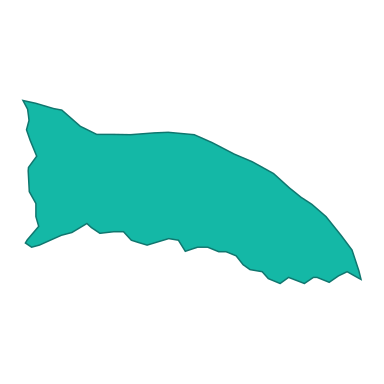 Akapnou, Limassol, Cyprus (Mercator projection)
{"feature_id": "46923920B88661960336096", "entity_name": "Akapnou", "entity_type": "district", "adm_level": 2, "iso_a3": "CYP", "parent_name": "Cyprus", "parent_adm1": "Limassol", "projection": "mercator", "projection_center": [33.196, 34.842], "detail": "fine", "context": "isolated", "style": "filled", "palette": "teal", "viewbox_px": 384, "rotation_deg": 0, "n_neighbors": 0, "source": "geoboundaries", "source_scale": "gbopen_adm2", "svg_char_len": 1014}
<svg xmlns="http://www.w3.org/2000/svg" viewBox="0 0 384 384"><path d="M25.4,243.0L31.6,247.2L39.4,245.1L48.3,241.1L61.3,235.3L71.9,232.5L86.9,223.5L91.4,227.6L99.9,233.3L113.8,231.7L123.5,231.7L131.3,240.2L138.1,242.4L147.1,245.1L168.7,238.6L178.4,240.2L185.3,251.3L197.5,247.2L207.7,247.2L218.7,251.7L226.0,251.7L236.1,255.8L243.1,264.7L250.0,269.6L262.2,271.7L268.3,278.6L280.1,283.5L288.6,277.4L304.4,283.5L313.4,277.4L317.1,277.4L329.2,282.3L332.1,280.3L338.6,275.8L347.1,271.7L358.9,278.3L361.0,279.4L358.9,270.9L352.0,250.0L344.9,240.5L341.0,235.3L326.0,216.6L311.8,204.3L300.9,197.2L295.4,192.7L289.5,188.0L273.6,173.6L252.5,161.9L234.0,154.0L212.5,142.8L194.2,134.7L168.2,132.3L154.2,132.9L130.5,134.7L112.3,134.4L96.7,134.4L80.3,126.3L61.8,110.1L53.7,108.6L48.6,107.1L35.8,103.3L23.0,100.5L27.6,109.2L28.5,115.9L29.0,120.4L26.5,129.8L30.2,140.4L36.7,156.2L28.5,167.4L28.2,170.8L29.3,191.7L35.9,203.5L35.9,216.6L38.7,226.4L27.3,239.8L25.4,243.0Z" fill="#14b8a6" stroke="#0f766e" stroke-width="1.5"/></svg>